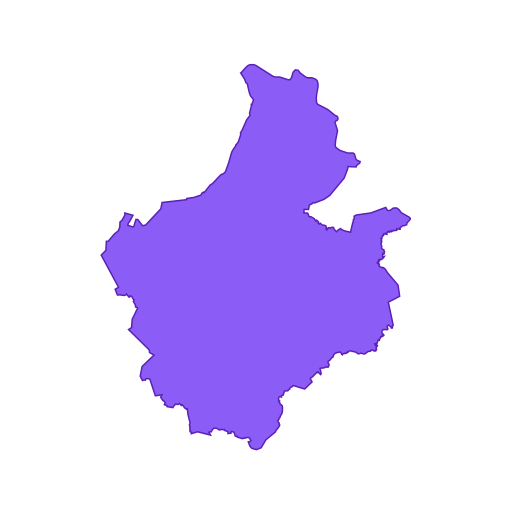 Līgatnes pag., Ligatnes, Latvia, rotated 65°
{"feature_id": "27541924B81159973415171", "entity_name": "Līgatnes pag.", "entity_type": "district", "adm_level": 2, "iso_a3": "LVA", "parent_name": "Latvia", "parent_adm1": "Ligatnes", "projection": "mercator", "projection_center": [25.09, 57.19], "detail": "fine", "context": "isolated", "style": "filled", "palette": "violet", "viewbox_px": 512, "rotation_deg": 65, "n_neighbors": 0, "source": "geoboundaries", "source_scale": "gbopen_adm2", "svg_char_len": 6159}
<svg xmlns="http://www.w3.org/2000/svg" viewBox="0 0 512 512"><g transform="rotate(65 256 256)"><path d="M397.1,268.1L393.8,258.4L390.2,258.7L389.8,258.3L389.3,255.6L387.0,249.6L387.8,249.2L387.6,248.8L390.8,247.5L390.1,246.6L384.9,245.4L385.0,244.5L385.9,242.7L385.8,242.0L386.3,240.9L386.0,240.1L386.0,239.1L386.8,238.7L387.2,237.3L386.4,236.8L386.2,236.1L384.3,235.5L383.1,235.9L381.9,235.1L381.8,233.5L380.1,229.9L380.0,228.7L378.9,228.0L377.6,225.7L377.8,224.4L377.6,224.0L378.6,220.3L379.5,219.8L381.3,219.9L381.4,219.2L381.9,219.3L381.4,218.1L382.0,216.7L381.6,216.1L382.3,215.4L382.0,214.8L382.2,214.1L381.5,213.8L382.0,212.9L381.5,211.9L381.8,210.6L385.3,206.2L387.6,205.0L388.2,203.9L388.4,201.9L390.5,199.5L390.7,198.4L389.9,194.8L390.7,192.6L390.0,191.0L390.2,190.3L391.7,189.4L391.9,188.6L392.5,188.4L392.5,187.2L391.7,187.0L391.9,186.8L391.6,186.2L389.3,185.6L389.4,185.2L388.9,184.2L388.4,183.8L388.1,184.1L388.2,184.9L387.2,185.5L386.8,185.5L387.0,184.8L386.8,184.3L385.9,184.9L386.1,184.1L386.6,183.5L383.6,180.6L384.5,179.8L383.5,179.2L383.4,178.6L381.8,177.1L382.4,176.4L382.0,173.7L381.5,173.6L381.1,174.7L380.3,173.9L379.7,174.5L378.1,174.1L377.0,173.1L376.5,171.6L378.3,168.0L377.9,167.3L375.1,167.0L374.6,165.2L377.0,163.7L378.4,163.9L378.9,163.1L378.8,162.7L376.8,161.7L376.7,160.9L353.8,155.6L353.2,142.8L342.4,139.6L326.2,144.0L322.6,144.4L320.4,145.4L320.1,146.4L319.5,146.5L319.3,147.4L317.2,148.7L316.1,147.9L313.9,148.9L314.3,147.8L312.8,148.1L312.6,147.7L313.0,147.1L312.5,146.5L312.6,146.0L312.3,145.7L311.6,146.6L311.3,146.4L311.5,145.6L311.3,144.8L312.1,144.0L312.0,142.3L311.4,141.9L311.5,141.1L311.1,141.0L310.6,139.9L310.3,140.8L310.6,141.6L309.6,141.5L307.2,140.0L307.4,139.6L308.2,139.9L308.2,138.9L306.1,137.6L305.0,137.9L304.5,137.5L302.8,138.8L301.9,138.9L300.3,137.9L298.1,137.7L296.3,136.1L295.4,136.4L295.1,135.6L294.2,135.5L293.4,134.6L292.8,135.1L291.9,133.3L290.9,132.5L291.3,131.8L290.2,131.1L290.5,130.9L290.2,130.5L290.1,129.4L291.2,129.0L291.7,128.2L290.3,128.0L290.3,127.3L289.6,126.3L289.9,125.4L290.8,125.3L290.7,124.7L290.0,124.5L291.2,123.2L290.5,122.3L291.2,122.0L291.0,121.4L291.4,120.1L291.1,119.8L291.6,119.4L292.2,117.6L291.2,117.1L291.5,117.0L291.5,115.1L292.3,114.9L292.7,114.1L291.1,113.3L291.0,111.7L290.5,110.2L291.3,108.5L291.1,107.2L291.4,106.3L289.9,105.3L288.3,101.5L287.8,100.6L287.0,100.3L285.8,100.6L278.0,106.1L274.8,106.7L272.6,107.7L271.5,108.9L270.6,111.5L271.3,115.1L271.2,115.9L270.6,117.2L270.0,117.6L266.8,117.9L265.5,133.8L261.2,147.9L261.4,150.3L263.4,150.9L264.3,152.5L266.0,153.3L266.6,154.2L274.4,160.3L270.6,165.2L267.7,167.6L266.9,167.6L267.0,170.0L268.0,172.8L264.4,174.0L263.5,173.6L262.4,174.1L262.0,175.8L262.1,176.9L261.4,177.3L261.1,178.3L261.4,179.4L262.3,180.6L262.2,181.0L260.6,180.9L260.2,180.1L258.0,180.0L256.7,181.5L256.2,182.7L253.4,184.0L253.8,185.2L252.6,185.8L251.6,184.9L249.2,185.9L249.7,187.0L246.8,187.4L243.6,189.6L242.9,191.2L239.0,191.0L237.2,194.4L234.1,192.7L236.0,188.7L233.0,186.6L232.1,184.9L232.5,183.5L232.0,182.9L232.1,182.1L231.8,181.6L232.7,180.5L233.4,170.5L232.3,163.6L222.6,143.1L215.8,136.1L213.8,135.0L217.6,127.6L216.6,126.6L215.9,124.6L215.7,122.8L214.4,121.7L212.3,123.7L210.5,124.5L205.1,123.7L203.7,124.5L201.4,129.4L195.8,135.3L191.4,137.7L189.5,137.6L185.1,135.1L176.8,129.1L168.0,127.9L167.4,126.6L167.3,124.8L166.5,123.8L164.8,123.3L163.4,123.6L161.5,125.2L153.6,129.0L144.6,136.0L142.6,136.3L138.1,134.5L134.6,132.4L128.9,128.3L126.1,127.0L123.3,126.5L121.1,127.1L118.1,130.0L116.1,134.2L114.9,135.3L109.2,138.4L105.4,139.4L103.9,141.7L105.1,144.7L109.4,148.5L110.5,150.5L110.0,152.2L103.8,158.9L102.0,162.7L100.4,164.6L83.5,175.4L81.8,176.9L80.1,180.5L80.0,182.7L80.3,183.9L81.3,186.8L83.6,191.9L83.6,192.5L91.0,191.6L94.7,191.9L96.1,191.1L105.6,193.1L108.5,193.3L113.3,192.2L117.2,196.0L116.9,196.3L117.7,196.5L124.0,201.6L125.9,201.8L128.7,207.0L136.0,215.3L137.8,218.0L139.7,218.7L145.3,224.0L147.0,227.6L147.5,227.7L149.7,231.5L151.7,234.2L160.4,241.8L166.7,248.1L167.7,250.7L167.4,252.8L168.1,255.1L172.0,264.9L172.3,267.5L176.7,276.3L175.9,276.6L176.0,278.0L177.5,280.4L176.7,287.5L174.6,294.4L175.6,295.2L167.8,318.5L173.0,322.3L181.3,343.0L180.6,346.0L173.0,347.7L172.1,349.3L177.8,354.5L177.6,355.4L173.9,359.2L172.1,357.6L171.7,356.4L167.1,350.3L161.6,356.7L163.5,357.5L167.1,362.5L167.7,364.9L172.3,367.3L175.0,370.2L176.2,375.1L180.2,383.7L179.4,385.4L187.4,389.6L189.8,395.9L226.3,393.8L226.6,397.7L232.8,398.1L233.7,395.8L236.1,392.1L236.3,389.8L235.9,389.4L239.5,388.5L239.8,388.0L239.6,387.4L239.0,386.9L239.9,385.7L243.1,385.5L244.3,385.0L245.4,386.4L249.2,386.0L251.4,386.7L252.3,385.4L253.1,385.2L261.1,395.0L268.3,399.0L268.8,402.6L295.3,392.7L296.3,392.5L298.5,393.3L302.7,390.3L308.0,405.9L315.9,411.7L317.5,411.7L320.9,411.5L321.0,409.8L321.8,408.8L320.7,407.3L322.5,404.2L340.2,406.3L342.0,399.9L343.7,402.1L347.9,401.4L348.2,400.8L350.2,400.2L352.0,401.9L353.9,399.9L354.9,400.3L358.3,395.4L357.5,394.4L356.2,391.4L357.7,389.3L357.3,387.6L359.9,386.9L359.4,386.0L360.5,385.3L363.2,385.0L365.5,383.8L365.4,382.8L370.8,384.6L379.4,386.3L380.9,387.7L382.9,388.2L383.5,388.0L384.4,389.0L386.2,389.2L386.5,389.9L387.8,389.8L388.6,389.0L389.7,389.7L390.6,383.3L399.1,372.9L395.8,373.2L395.9,371.8L396.5,371.0L394.9,368.8L394.3,366.7L395.6,364.4L398.1,362.8L398.5,362.1L398.3,360.9L399.8,358.9L399.8,358.1L401.0,358.0L403.2,355.7L405.1,356.4L406.0,353.6L404.5,352.6L406.4,350.4L410.5,350.9L411.5,349.2L412.2,349.5L414.4,347.1L415.9,345.4L415.9,343.3L416.5,343.0L416.6,340.8L417.7,339.0L421.2,338.5L421.5,339.9L421.1,341.5L425.8,341.9L428.5,341.1L431.7,337.4L432.0,332.4L426.8,324.8L423.7,312.9L422.3,311.2L421.6,309.4L419.9,306.6L419.2,305.9L418.4,306.2L417.5,305.6L414.5,306.1L413.9,304.3L413.3,304.3L412.7,303.6L412.4,302.4L410.7,301.0L410.5,300.1L408.6,298.1L404.6,296.0L402.7,295.5L399.9,296.8L399.0,296.4L397.5,296.9L397.3,295.9L396.6,296.3L394.5,295.7L393.5,294.5L393.5,293.9L394.6,292.5L393.5,292.0L393.3,291.5L393.6,290.3L393.3,289.9L390.4,287.2L391.6,284.1L390.9,282.9L391.0,281.8L389.7,280.7L389.7,278.4L389.1,277.0L397.1,268.1Z" fill="#8b5cf6" stroke="#5b21b6" stroke-width="1.5"/></g></svg>